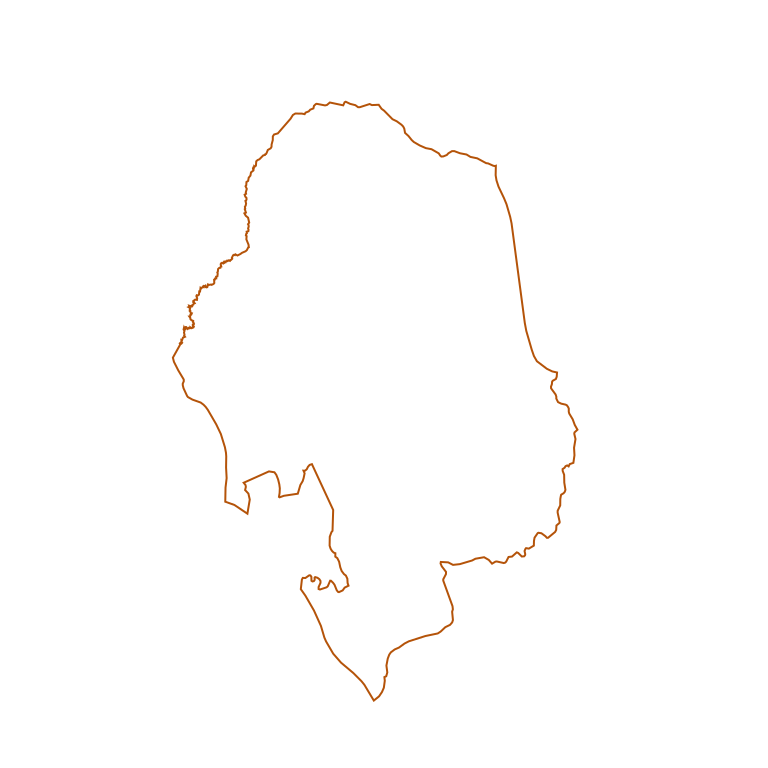 outline of Chetr Borei, Krâchéh, Cambodia, rotated 335°
{"feature_id": "14789045B88905029320909", "entity_name": "Chetr Borei", "entity_type": "district", "adm_level": 2, "iso_a3": "KHM", "parent_name": "Cambodia", "parent_adm1": "Krâchéh", "projection": "equal_earth", "projection_center": [106.168, 12.563], "detail": "fine", "context": "isolated", "style": "outline", "palette": "amber", "viewbox_px": 768, "rotation_deg": 335, "n_neighbors": 0, "source": "geoboundaries", "source_scale": "gbopen_adm2", "svg_char_len": 6166}
<svg xmlns="http://www.w3.org/2000/svg" viewBox="0 0 768 768"><g transform="rotate(335 384 384)"><path d="M346.7,627.1L349.5,619.2L351.2,617.3L352.2,614.3L354.6,587.3L355.2,586.0L359.8,582.5L360.8,580.5L359.3,573.7L359.4,570.6L360.3,569.3L366.8,572.8L370.1,577.1L376.6,579.3L389.3,581.2L393.0,581.0L401.5,583.3L404.6,587.7L406.0,592.5L409.9,592.1L411.2,592.5L416.9,596.9L418.4,597.1L419.7,596.6L423.8,593.4L427.1,594.5L433.2,592.7L434.2,593.8L436.0,598.6L438.2,599.4L439.5,598.8L440.1,597.9L440.8,594.8L442.5,593.2L443.4,592.8L445.7,594.4L451.5,593.8L453.6,589.6L455.5,586.9L460.3,584.1L461.1,584.1L463.6,585.8L466.0,590.2L466.6,592.2L467.7,592.7L476.6,590.4L478.4,589.0L480.5,585.1L484.2,584.1L484.9,583.4L487.0,574.0L487.8,572.3L492.4,568.5L495.2,562.7L496.8,560.4L497.8,559.2L500.6,558.9L502.3,558.1L503.7,556.6L505.7,549.6L508.9,542.4L509.2,538.3L509.9,536.6L512.3,536.2L513.8,535.2L515.6,535.2L516.5,536.7L518.5,535.1L522.3,535.5L526.5,529.1L529.3,522.1L534.3,514.8L535.4,509.5L536.2,508.4L540.0,507.2L539.6,501.7L540.1,495.8L539.4,489.1L539.7,487.3L541.1,484.3L541.1,482.6L540.7,480.5L539.8,479.4L536.3,476.7L534.1,474.0L534.0,470.0L534.8,468.4L535.1,466.1L533.6,458.6L534.2,457.0L536.1,455.1L537.3,453.0L538.2,452.4L541.9,452.1L543.6,450.4L545.7,446.7L541.8,443.7L538.0,439.0L532.2,428.0L531.7,422.0L532.4,415.3L535.4,396.0L537.4,388.2L567.5,292.3L569.0,285.8L571.0,272.9L571.3,266.4L571.2,253.5L572.0,247.0L573.4,242.0L577.6,233.5L576.6,233.4L575.2,232.3L571.6,228.1L569.9,227.0L563.9,218.9L558.3,214.7L555.8,210.9L550.4,207.0L546.2,202.7L544.0,201.7L539.9,202.1L537.7,203.0L533.9,202.8L532.1,202.1L531.5,200.8L531.1,198.1L526.3,191.3L521.6,187.9L517.2,182.9L513.3,177.3L512.2,174.6L511.0,169.6L509.2,165.3L510.3,161.1L510.2,158.7L509.4,156.4L506.6,151.3L503.6,147.6L499.6,136.3L498.1,133.6L497.2,128.7L490.9,126.1L489.3,124.2L479.0,122.9L477.5,122.2L475.9,119.2L471.7,115.8L468.6,112.0L467.4,112.0L464.8,114.2L453.9,106.0L450.2,107.0L448.3,106.6L441.4,101.6L440.5,101.5L438.1,102.3L436.5,104.4L433.1,104.2L431.0,105.1L427.6,104.9L426.1,105.9L423.8,104.2L417.9,101.4L415.1,101.7L411.4,104.1L393.7,112.0L389.8,111.4L387.9,112.6L386.3,115.9L383.3,119.5L382.3,121.5L380.9,122.5L377.6,122.8L375.5,124.8L374.3,125.7L373.4,125.6L373.0,126.1L371.1,125.8L366.0,127.7L364.1,127.6L362.3,128.2L360.2,132.0L358.7,132.4L358.4,131.7L357.2,133.4L356.8,132.8L356.3,133.3L355.9,135.3L352.9,136.0L351.0,138.7L348.6,139.8L346.7,142.5L344.7,142.8L343.2,145.6L342.1,146.2L342.1,149.2L339.7,151.9L339.4,153.3L337.7,153.5L337.5,155.6L338.0,157.1L337.5,158.5L336.5,159.5L335.8,159.5L335.3,162.1L334.0,163.9L332.8,164.6L332.3,166.5L331.7,166.7L331.3,170.3L329.6,170.3L329.8,173.1L331.1,175.8L330.0,180.8L328.3,181.7L328.4,182.8L327.8,184.3L326.6,185.5L326.4,187.0L325.6,188.2L323.9,187.9L323.4,189.5L322.6,189.7L321.6,191.0L322.0,191.9L320.4,194.7L320.1,200.5L319.3,202.9L318.7,202.8L316.3,204.7L314.6,205.2L310.7,205.1L308.8,205.5L305.5,205.6L304.1,203.7L303.3,204.2L302.6,203.5L301.6,203.6L299.4,205.4L299.4,206.3L297.9,206.9L297.0,206.7L296.4,207.3L295.3,206.2L294.4,206.5L293.9,205.9L293.1,206.4L292.3,206.0L291.8,206.6L290.9,205.5L290.0,206.0L290.0,206.8L289.2,206.9L288.4,205.7L287.3,205.8L286.6,206.4L286.2,208.6L285.7,208.4L284.9,209.5L283.5,209.2L282.2,209.7L280.8,212.1L280.1,212.4L279.9,213.8L278.5,216.0L277.2,215.8L276.6,217.4L275.5,217.0L274.8,217.9L274.1,217.7L272.9,220.7L271.8,221.3L269.7,221.3L269.4,220.8L267.1,220.2L266.6,219.4L264.8,221.5L264.1,221.5L263.4,220.9L263.7,219.4L262.5,219.6L262.1,218.9L261.5,219.0L261.3,220.0L260.4,219.5L258.6,220.2L258.3,219.4L256.4,222.4L255.7,222.0L254.1,224.8L252.6,225.1L251.8,224.4L251.1,225.0L250.9,227.4L250.0,228.7L248.6,227.7L246.3,228.2L246.5,230.4L245.7,229.9L245.7,230.7L244.9,231.4L243.1,231.6L243.2,232.3L242.6,232.6L240.5,230.7L240.4,231.7L239.3,231.7L240.4,233.3L239.2,234.8L239.4,235.5L238.8,235.8L239.1,236.9L238.8,238.0L239.7,238.7L238.6,239.7L237.7,239.5L236.8,240.9L236.1,240.6L236.4,242.2L236.0,243.3L236.4,244.7L237.7,246.1L237.1,246.8L237.4,247.6L236.9,248.0L237.2,249.2L236.6,249.8L235.7,249.6L235.2,250.8L235.8,251.7L235.2,252.2L233.3,252.1L232.5,250.9L232.3,251.6L231.3,251.0L230.7,251.2L230.5,250.6L229.1,251.0L228.9,248.9L228.2,248.5L227.6,248.5L227.8,250.3L227.4,249.7L227.0,250.3L226.4,250.0L226.5,248.5L225.4,249.9L225.6,251.6L224.5,252.8L224.0,255.1L223.3,255.7L223.6,257.1L221.4,257.0L219.5,258.9L219.0,258.4L218.3,260.2L218.5,261.3L217.6,261.7L217.3,260.5L216.1,260.9L216.2,261.7L215.3,262.6L203.8,270.9L203.0,275.1L203.3,284.6L204.4,295.3L203.7,296.9L201.7,298.7L201.1,300.1L200.5,303.2L200.5,311.7L200.8,313.0L203.8,317.2L210.0,323.3L211.7,326.5L212.7,329.4L213.4,333.0L214.9,349.7L215.0,360.4L213.1,374.1L211.7,379.6L210.4,383.0L205.6,392.9L201.6,402.8L196.6,410.9L190.4,423.6L197.3,430.4L205.4,443.8L213.5,432.0L214.8,426.0L213.3,421.4L215.3,418.9L215.8,417.1L215.1,414.2L242.8,414.6L247.4,417.7L248.0,420.8L247.7,425.7L246.7,430.7L245.5,434.5L243.3,438.7L241.1,441.9L241.5,442.6L246.0,443.0L259.5,447.0L265.5,440.2L269.2,437.7L271.4,435.3L274.3,431.4L274.4,428.5L275.8,429.2L278.0,428.6L280.1,426.9L282.4,425.9L284.8,426.2L284.7,476.7L275.3,495.3L273.7,496.1L270.3,499.5L266.4,507.5L266.0,510.6L266.3,513.2L267.1,515.5L268.4,516.8L266.9,519.9L268.1,522.1L268.2,526.1L266.9,531.7L266.6,535.6L267.4,539.4L268.5,541.5L268.5,545.0L266.9,549.0L266.6,551.8L262.3,551.9L259.3,553.6L255.2,553.6L254.5,553.0L254.0,551.0L254.3,545.0L253.8,542.6L252.8,539.9L252.1,539.5L247.5,543.6L246.0,544.0L239.1,543.2L238.1,542.2L238.9,540.4L242.4,537.4L243.2,535.6L242.9,533.5L241.8,531.5L240.0,529.9L239.2,530.2L238.4,532.2L237.1,533.0L235.7,532.7L235.1,531.7L236.7,528.0L236.4,526.4L235.4,525.8L230.7,526.6L228.5,525.4L227.8,525.9L226.9,526.6L221.9,534.8L223.3,542.6L224.8,559.7L224.6,576.6L222.8,588.6L222.7,592.8L224.0,607.0L227.3,618.4L234.1,633.1L238.0,643.9L239.1,648.4L241.0,666.6L247.5,665.0L252.0,662.3L255.5,659.2L259.3,653.3L260.5,649.8L262.5,649.8L265.1,646.8L267.2,640.2L271.4,634.4L274.4,631.5L276.8,630.1L281.5,629.1L286.2,629.2L292.9,627.9L297.8,627.7L315.0,629.9L327.3,632.8L330.8,632.3L336.8,630.3L342.0,630.2L345.0,628.9L346.7,627.1Z" fill="none" stroke="#b45309" stroke-width="2"/></g></svg>